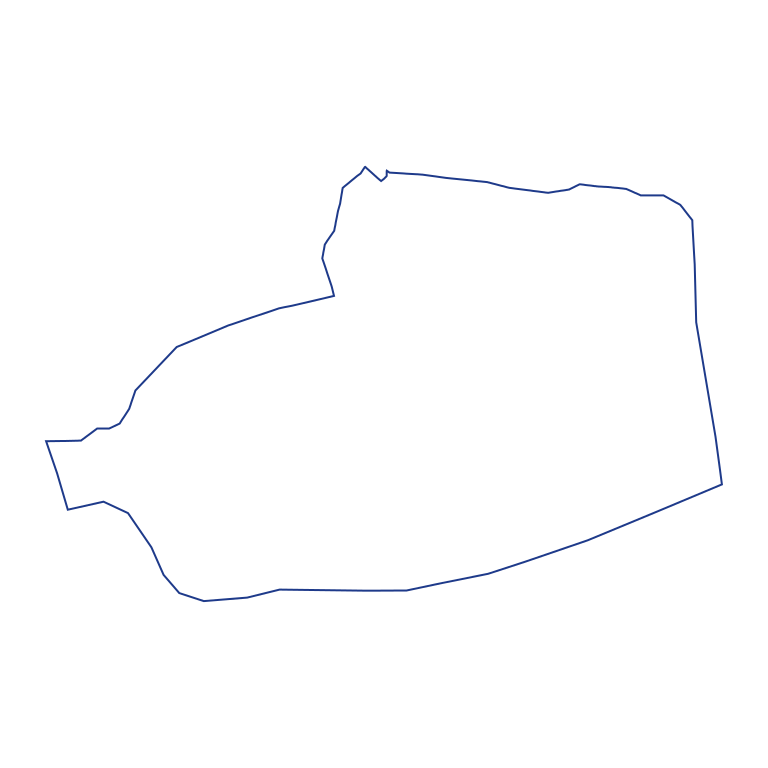 Sharg Aj Jabal, Southern Darfur, Sudan
{"feature_id": "16777658B39782725929705", "entity_name": "Sharg Aj Jabal", "entity_type": "district", "adm_level": 2, "iso_a3": "SDN", "parent_name": "Sudan", "parent_adm1": "Southern Darfur", "projection": "mercator", "projection_center": [24.504, 12.892], "detail": "fine", "context": "isolated", "style": "outline", "palette": "blue", "viewbox_px": 768, "rotation_deg": 0, "n_neighbors": 0, "source": "geoboundaries", "source_scale": "gbopen_adm2", "svg_char_len": 4803}
<svg xmlns="http://www.w3.org/2000/svg" viewBox="0 0 768 768"><path d="M692.3,220.2L691.9,219.7L690.6,218.0L690.3,217.7L689.6,216.8L685.4,211.4L682.6,207.7L681.7,206.6L681.5,206.4L680.9,205.6L680.7,205.4L680.4,205.0L679.7,204.5L678.6,203.9L678.1,203.6L675.8,202.4L666.0,196.8L664.4,195.9L663.7,195.5L663.4,195.4L663.2,195.4L662.7,195.4L662.2,195.4L661.5,195.4L661.2,195.4L659.9,195.4L658.0,195.4L656.1,195.4L655.0,195.4L651.7,195.4L645.5,195.4L642.4,195.4L641.4,195.4L641.0,195.4L640.7,195.4L640.4,195.2L640.2,195.1L639.9,195.0L638.9,194.5L638.4,194.3L636.0,193.2L635.6,193.1L634.9,192.8L632.1,191.5L630.5,190.8L628.0,189.7L627.5,189.5L626.6,189.1L626.1,188.9L625.6,188.9L623.6,188.6L621.9,188.4L620.7,188.3L620.0,188.2L617.4,187.9L617.1,187.9L616.2,187.8L614.4,187.7L613.7,187.6L612.9,187.5L612.5,187.5L611.7,187.4L611.3,187.3L610.5,187.2L610.2,187.2L608.9,187.1L608.2,187.0L607.8,187.0L606.2,186.9L605.6,186.9L603.8,186.8L600.8,186.6L599.9,186.6L599.2,186.5L598.3,186.5L597.9,186.4L597.7,186.4L597.3,186.4L596.2,186.3L596.0,186.2L595.3,186.1L594.9,186.1L594.5,186.1L593.7,186.0L593.4,185.9L592.8,185.9L592.5,185.8L592.3,185.8L591.9,185.7L591.7,185.7L591.4,185.7L590.9,185.6L590.2,185.5L589.1,185.4L588.0,185.3L585.4,185.0L583.6,184.7L580.1,184.3L579.6,184.3L577.6,185.3L577.4,185.4L575.3,186.4L574.8,186.7L571.1,188.5L569.9,189.1L569.2,189.5L568.4,189.6L567.6,189.8L566.6,189.9L565.8,190.1L563.1,190.5L560.6,190.8L558.5,191.2L556.1,191.5L555.5,191.6L551.9,192.2L548.8,192.7L548.2,192.8L546.4,192.6L546.2,192.6L545.3,192.5L544.8,192.4L544.1,192.3L540.1,191.8L539.5,191.7L538.0,191.5L532.9,190.9L531.6,190.7L530.4,190.5L527.8,190.2L516.7,188.8L515.1,188.6L513.0,188.3L512.2,188.2L510.7,188.0L509.9,187.9L509.5,187.9L509.2,187.8L506.7,187.2L503.6,186.3L501.7,185.9L500.6,185.6L494.6,184.0L492.9,183.6L490.3,182.9L488.9,182.5L488.6,182.5L488.3,182.4L487.3,182.1L487.1,182.1L486.9,182.1L486.4,182.0L486.0,182.0L485.3,181.9L484.9,181.9L484.6,181.8L483.9,181.8L483.4,181.7L483.1,181.7L482.4,181.6L482.1,181.6L481.8,181.5L481.6,181.5L480.6,181.4L480.2,181.4L479.9,181.3L479.4,181.3L478.1,181.2L472.0,180.5L453.8,178.7L452.7,178.6L446.0,177.9L439.5,177.0L435.4,176.4L433.1,176.1L422.1,174.6L421.5,174.6L418.0,174.3L415.7,174.2L406.7,173.7L403.0,173.4L398.0,173.1L396.4,173.0L389.5,172.6L388.8,172.1L388.1,171.6L386.8,170.7L386.7,171.0L386.7,171.6L386.7,172.6L386.7,173.0L386.7,174.1L386.7,174.3L386.7,174.8L386.7,175.2L386.7,175.4L386.7,175.9L386.3,176.5L385.9,176.9L385.6,177.2L385.3,177.4L385.0,177.8L384.8,178.0L384.0,178.8L383.5,179.2L383.1,179.5L382.8,179.7L382.4,180.1L381.9,180.4L381.8,180.5L381.6,180.6L381.1,181.0L380.9,180.8L380.7,180.6L380.1,180.2L379.9,180.1L379.4,179.6L379.2,179.4L378.9,179.2L378.5,178.8L377.6,178.1L376.9,177.4L376.4,177.0L375.6,176.2L374.7,175.5L373.8,174.6L373.2,174.1L372.1,173.1L371.8,172.8L371.3,172.4L370.9,172.0L370.6,171.7L370.2,171.4L369.2,170.5L368.7,170.0L367.5,169.0L367.3,168.8L366.6,168.2L366.1,167.7L365.7,167.4L365.6,167.2L365.2,166.9L364.8,167.1L364.5,167.5L364.2,168.1L363.8,168.6L363.6,168.9L363.2,169.5L362.3,170.9L361.7,171.8L360.6,173.5L358.5,175.0L358.1,175.3L357.9,175.4L357.1,176.0L355.9,177.0L354.7,178.0L354.1,178.5L352.1,180.1L350.2,181.7L349.8,182.0L349.4,182.4L346.2,185.0L344.8,186.1L343.9,186.9L342.7,187.9L342.6,188.6L342.4,189.4L342.2,190.9L342.1,191.4L342.1,191.6L341.5,194.9L341.1,197.4L340.2,203.0L340.1,203.7L339.0,207.4L338.9,207.8L338.0,211.0L337.3,214.6L337.2,215.2L336.8,217.3L335.7,222.7L335.5,224.1L335.3,225.3L334.8,227.5L334.2,230.8L333.5,231.8L331.4,234.8L330.0,236.8L328.9,238.4L328.3,239.3L327.5,240.4L327.2,240.8L326.8,241.5L324.8,244.6L324.6,245.7L324.4,246.9L324.3,247.6L324.2,247.9L324.1,248.8L323.3,252.7L323.1,254.1L323.0,254.8L322.9,255.2L322.7,256.1L322.5,257.3L322.3,258.3L322.4,258.7L322.7,259.6L323.0,260.5L323.2,261.0L323.6,262.2L325.8,268.7L327.3,273.4L330.3,282.3L331.5,285.9L331.9,287.3L333.9,295.5L334.0,295.9L318.8,299.5L292.2,305.7L289.7,306.2L284.4,307.2L280.6,308.0L280.3,308.1L279.1,308.3L270.7,311.2L252.0,317.4L238.9,321.9L233.6,323.7L233.0,323.9L232.5,324.1L228.4,325.4L189.5,341.7L176.7,347.0L135.4,390.5L134.8,392.3L134.6,392.9L131.0,403.4L130.6,404.8L129.9,406.7L129.6,407.7L129.2,408.8L129.0,409.2L128.8,409.4L128.4,410.1L124.2,416.6L122.2,419.5L120.4,422.4L120.0,423.1L119.6,423.6L109.2,428.5L97.2,428.5L81.6,440.1L81.0,440.6L80.3,440.6L79.8,440.6L79.4,440.6L79.0,440.6L78.7,440.7L78.3,440.7L77.8,440.7L64.7,441.0L62.4,441.0L47.5,441.2L46.1,441.2L57.1,473.3L67.8,509.7L103.5,501.7L128.0,513.1L151.4,547.3L163.6,574.9L179.3,593.1L203.8,601.1L247.2,597.6L279.6,589.6L367.6,590.7L406.6,590.5L442.1,583.0L488.1,573.8L525.2,561.7L587.7,540.3L657.5,511.4L721.9,484.4L720.1,470.6L715.5,436.7L696.2,322.3L694.7,264.4L694.2,256.0L692.5,225.9L692.3,220.2Z" fill="none" stroke="#1e3a8a" stroke-width="2"/></svg>